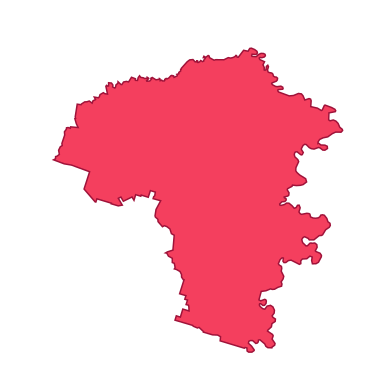 Albury, New South Wales, Australia (Equal Earth projection), rotated 278°
{"feature_id": "25037944B24790092852260", "entity_name": "Albury", "entity_type": "district", "adm_level": 2, "iso_a3": "AUS", "parent_name": "Australia", "parent_adm1": "New South Wales", "projection": "equal_earth", "projection_center": [146.995, -36.015], "detail": "fine", "context": "isolated", "style": "filled", "palette": "rose", "viewbox_px": 384, "rotation_deg": 278, "n_neighbors": 0, "source": "geoboundaries", "source_scale": "gbopen_adm2", "svg_char_len": 6041}
<svg xmlns="http://www.w3.org/2000/svg" viewBox="0 0 384 384"><g transform="rotate(278 192 192)"><path d="M44.6,265.6L45.4,266.2L45.2,268.1L42.2,268.7L41.3,270.4L41.8,273.7L43.6,275.6L44.4,275.5L47.7,272.4L50.1,268.9L52.1,269.1L53.0,270.4L53.3,272.7L50.9,276.3L51.6,277.8L52.9,278.5L54.6,278.4L55.1,279.8L51.7,285.2L49.5,286.6L48.4,288.7L48.8,292.8L49.6,292.9L51.8,295.2L53.6,295.3L57.5,291.8L60.9,292.4L62.1,291.6L64.8,286.1L65.7,286.3L69.5,289.4L72.8,289.5L75.4,292.4L77.8,292.3L79.2,289.5L80.5,288.6L83.5,290.2L86.4,290.1L89.5,288.1L90.7,285.5L89.5,282.3L86.1,280.4L86.3,278.3L88.1,275.4L89.5,274.4L90.7,274.5L90.9,275.6L89.5,278.1L89.9,279.6L91.9,280.8L94.4,280.8L95.6,280.0L95.8,278.9L93.8,275.2L94.5,273.3L103.2,274.4L104.5,279.0L107.0,283.3L106.7,285.0L107.2,287.3L109.6,290.4L111.2,293.8L113.4,293.9L115.4,292.8L118.6,294.3L121.3,294.6L126.0,291.4L129.0,291.5L130.8,290.9L132.0,288.3L133.0,287.5L137.2,288.6L139.1,290.1L139.5,291.2L139.2,291.7L136.1,291.7L134.9,292.9L135.2,294.7L137.5,297.0L138.3,299.6L135.3,308.4L136.2,309.7L139.1,309.3L141.0,310.6L141.9,315.0L144.9,317.7L144.3,320.1L140.9,320.0L137.7,321.2L138.2,324.7L140.0,327.0L145.8,329.1L147.3,329.0L149.2,327.3L150.3,323.0L150.9,322.3L154.7,323.6L157.3,322.9L158.6,320.7L157.9,317.9L158.1,317.0L157.7,315.9L154.8,313.8L154.5,312.4L157.3,308.6L160.2,307.3L162.4,308.3L163.4,309.8L162.2,313.6L160.9,314.8L161.6,319.4L166.5,324.0L167.0,326.3L167.8,327.3L173.2,329.6L176.2,332.9L178.1,333.6L180.2,333.0L181.5,330.7L184.6,329.2L187.4,326.3L187.6,324.4L187.0,322.7L185.3,322.1L184.0,320.7L183.2,318.0L183.1,315.5L183.8,312.9L186.5,311.8L186.9,310.9L186.9,308.7L185.1,303.5L185.6,302.1L187.1,300.7L191.4,301.3L193.9,299.9L193.5,298.3L191.1,297.3L190.1,295.5L192.4,292.9L194.4,289.6L194.2,287.2L192.4,285.2L191.1,282.0L191.4,280.7L192.4,280.5L194.8,282.4L195.5,285.3L197.2,286.4L198.4,286.1L199.2,284.2L199.9,284.0L201.3,287.4L202.3,288.3L204.7,288.2L207.4,286.0L208.6,286.2L211.6,290.3L212.8,290.5L212.9,294.5L213.7,298.4L214.8,301.0L217.9,304.1L221.0,302.7L223.9,296.1L226.0,293.1L227.5,291.8L230.5,291.5L236.9,293.4L238.8,292.3L241.2,288.9L243.2,288.1L244.9,288.2L245.9,288.7L246.5,290.4L244.1,294.4L244.0,295.4L244.4,296.0L246.6,296.7L249.2,294.5L250.2,294.3L253.6,295.5L254.9,296.9L254.9,298.5L252.3,301.9L251.5,304.1L251.5,306.9L253.7,311.1L253.5,312.5L251.7,315.7L251.9,317.8L253.9,320.1L256.1,319.6L256.9,317.1L256.5,313.1L258.1,310.3L257.8,310.0L259.2,309.9L261.8,311.1L263.9,314.3L265.5,318.8L269.3,322.8L271.3,325.9L272.0,331.3L273.8,332.6L275.0,332.1L276.7,329.3L280.3,327.1L282.2,324.7L283.0,321.9L281.7,318.8L282.5,317.3L289.4,316.6L291.5,322.7L292.5,323.0L293.8,322.0L295.1,318.5L296.6,311.6L296.1,311.0L291.4,309.6L290.7,308.7L292.5,304.6L293.1,297.7L298.9,297.3L300.5,296.5L300.8,294.9L298.8,290.9L302.7,288.6L304.4,286.7L304.4,283.7L301.7,279.1L300.7,274.9L303.1,263.8L304.2,262.8L305.4,263.1L306.4,267.5L307.0,267.8L308.4,267.3L309.2,265.3L308.2,261.7L308.2,260.0L309.5,256.6L310.5,255.8L311.1,256.0L313.5,260.1L314.8,260.9L316.6,260.9L317.5,259.6L317.5,257.9L318.1,256.5L320.0,255.7L320.9,254.5L321.1,251.4L321.6,250.5L323.5,249.8L326.7,250.3L328.1,249.4L326.8,248.2L323.3,248.2L322.7,247.4L322.9,246.5L325.4,246.2L327.8,244.6L331.1,245.7L332.5,241.0L333.4,240.1L334.2,240.0L334.7,240.6L334.7,242.5L335.8,244.9L337.1,245.7L338.5,245.2L339.1,243.6L338.9,241.1L337.7,239.1L334.9,236.7L334.6,232.6L335.1,232.1L336.8,232.3L337.1,236.2L338.0,237.2L339.3,237.3L340.4,236.7L341.8,234.2L342.7,230.8L342.2,229.2L339.2,227.9L339.5,223.4L331.9,219.1L331.8,218.0L333.3,217.1L333.4,216.5L332.1,215.7L330.9,213.9L330.0,211.7L330.1,209.2L327.4,205.2L326.3,197.0L325.6,195.5L327.5,190.6L329.0,190.1L329.4,189.0L327.3,186.9L328.1,184.9L326.6,184.5L326.8,185.9L326.0,186.5L324.2,185.3L323.3,185.4L322.6,184.3L323.4,182.3L322.0,181.5L321.0,179.9L321.3,179.2L322.5,179.4L322.7,179.0L322.6,178.4L321.6,178.3L321.3,177.0L323.3,174.5L322.5,171.3L320.3,169.1L313.1,164.3L312.2,164.3L311.9,163.7L310.2,163.9L308.6,162.3L307.3,162.5L306.4,160.6L305.9,161.2L304.9,161.1L303.0,158.3L304.5,157.6L304.3,156.4L304.7,155.9L304.2,154.9L301.6,153.1L300.5,151.4L300.9,150.6L299.7,149.3L298.6,149.5L298.1,149.0L297.9,147.1L298.6,146.4L297.8,145.0L299.5,144.6L299.8,143.9L299.1,143.9L298.1,140.7L299.9,136.7L298.9,135.4L298.3,136.2L296.0,134.7L295.4,131.9L295.9,131.5L298.2,133.3L298.7,133.1L299.4,131.6L298.3,131.6L297.8,129.2L298.3,128.1L298.4,125.2L299.8,123.9L297.8,122.8L294.9,122.5L294.7,120.7L295.1,120.1L296.3,120.2L297.2,116.1L292.2,113.9L292.4,111.6L291.4,108.9L288.6,107.6L288.6,106.6L290.9,103.4L289.4,103.5L287.5,101.8L285.2,101.7L284.2,101.1L285.0,98.8L286.9,98.8L288.7,97.1L288.6,94.2L285.4,94.6L285.1,93.7L285.7,92.5L284.7,92.0L277.2,94.7L277.2,92.1L278.0,90.4L275.7,87.4L273.4,87.0L272.3,86.2L272.4,82.0L270.1,83.6L268.6,81.3L266.1,80.7L267.8,77.6L266.7,75.3L266.3,73.2L263.7,70.2L263.0,70.0L263.0,66.1L250.1,65.9L248.6,66.5L248.3,65.8L243.4,68.0L240.0,70.3L239.6,62.7L238.2,62.6L238.6,60.3L238.1,58.8L236.6,58.8L233.9,57.3L230.7,58.0L222.0,56.4L219.9,57.0L218.5,55.3L214.8,54.1L210.8,55.4L208.7,53.4L208.1,52.0L205.9,52.2L204.6,50.4L202.1,61.5L201.9,68.9L197.8,87.8L179.9,84.7L168.7,97.5L168.7,98.2L172.0,98.8L169.7,113.7L169.1,113.6L168.0,120.9L169.3,124.8L175.5,119.9L177.1,122.3L173.3,125.3L178.7,133.3L175.7,135.7L181.5,136.6L180.7,141.9L181.9,142.1L180.7,149.4L187.6,150.6L186.8,155.7L183.1,155.6L182.0,154.7L180.0,154.4L179.0,162.2L169.7,158.8L163.3,158.7L162.1,159.2L160.2,162.0L157.9,162.5L153.5,167.6L154.8,169.3L154.2,172.0L152.3,175.3L147.9,177.4L146.7,180.4L131.8,181.2L129.3,176.0L128.0,174.3L127.9,175.6L125.2,177.6L123.6,181.7L119.4,182.3L118.9,184.4L114.8,185.8L113.4,185.2L113.1,187.4L111.6,191.2L108.8,193.1L106.3,193.5L103.7,195.8L103.8,196.3L89.5,193.9L88.5,200.4L84.8,199.8L84.4,202.6L79.7,201.8L79.4,204.3L77.7,204.9L73.8,205.6L74.8,199.2L66.5,197.9L67.2,193.7L62.7,193.0L60.0,211.3L59.3,211.8L58.1,216.3L58.9,217.8L55.3,222.9L54.8,222.8L53.4,232.2L53.9,237.3L52.7,240.4L48.5,240.6L44.6,265.6Z" fill="#f43f5e" stroke="#9f1239" stroke-width="1.5"/></g></svg>